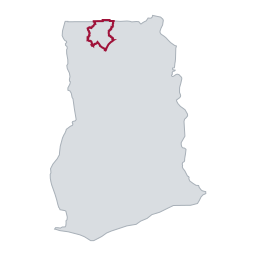 Sissala East, Upper West, Ghana shown in context
{"feature_id": "2480657B88326891244380", "entity_name": "Sissala East", "entity_type": "district", "adm_level": 2, "iso_a3": "GHA", "parent_name": "Ghana", "parent_adm1": "Upper West", "projection": "albers", "projection_center": [-1.879, 10.607], "detail": "fine", "context": "in_parent", "style": "outline", "palette": "rose", "viewbox_px": 256, "rotation_deg": 0, "n_neighbors": 0, "source": "geoboundaries", "source_scale": "gbopen_adm2", "svg_char_len": 5990}
<svg xmlns="http://www.w3.org/2000/svg" viewBox="0 0 256 256"><path d="M160.6,17.1L162.9,19.2L163.3,20.4L162.6,25.0L161.0,28.2L160.0,31.2L160.1,32.7L161.1,34.2L164.5,36.5L166.2,38.0L168.3,40.3L170.6,42.6L174.7,45.5L176.4,46.0L176.3,46.8L175.8,48.0L175.5,58.9L175.2,61.8L174.9,63.2L174.5,67.3L174.1,67.9L173.4,67.9L172.7,68.0L172.5,68.8L172.8,69.7L175.2,70.2L174.7,70.9L172.9,71.4L172.1,72.7L172.4,74.1L171.5,75.2L171.7,76.0L172.4,76.5L173.4,76.3L176.2,74.4L177.4,74.2L178.9,74.6L181.6,77.4L181.8,78.8L180.7,83.7L179.6,87.4L179.5,92.4L180.6,95.2L180.5,96.7L179.3,98.0L176.5,100.0L176.7,101.3L178.0,103.7L180.4,106.4L185.0,109.7L187.5,114.1L187.6,115.9L186.2,117.7L184.5,119.3L184.0,121.5L184.9,136.2L181.2,142.6L181.2,144.4L181.6,146.5L182.6,147.8L184.5,148.1L186.0,149.3L185.5,153.8L184.7,158.4L184.6,160.6L184.2,161.6L182.7,162.5L182.2,164.0L182.6,165.7L182.3,167.0L183.1,168.7L184.8,170.8L187.5,176.1L188.6,176.5L189.1,177.6L188.8,178.7L189.8,181.0L192.9,183.3L196.0,185.3L198.6,185.5L199.2,187.4L200.9,189.7L202.1,190.7L204.1,191.3L205.7,191.6L205.8,193.6L202.9,194.9L201.0,197.0L199.5,200.1L197.5,203.5L190.5,205.3L187.8,205.3L173.3,205.5L159.7,212.2L151.9,214.6L147.1,218.4L140.7,221.1L136.2,224.3L126.8,225.9L111.4,231.0L106.6,233.0L101.7,236.5L93.8,240.6L90.6,240.6L84.4,236.7L79.8,234.8L68.3,231.8L59.8,230.6L55.7,229.3L54.6,229.1L55.5,227.7L57.9,227.7L60.4,228.1L62.3,227.0L65.1,226.9L65.8,225.8L66.1,223.0L66.0,220.8L67.0,219.8L67.3,217.1L65.9,211.2L64.9,210.6L60.0,209.7L59.6,208.5L58.7,207.3L57.8,204.3L56.7,199.8L55.0,194.2L51.7,184.9L50.9,181.7L50.3,178.3L50.2,174.4L50.9,172.9L50.8,170.8L50.5,168.8L52.9,164.1L57.5,158.4L58.5,156.3L59.4,154.9L59.5,152.8L60.3,146.1L62.5,138.0L63.9,134.9L64.9,133.3L66.0,130.6L66.3,129.3L70.5,126.2L72.5,125.3L72.9,124.0L72.2,122.7L72.5,121.7L73.5,121.3L75.1,120.9L76.2,119.6L74.5,109.6L73.1,99.6L73.0,98.8L72.1,97.4L71.3,93.3L69.9,90.9L67.9,90.2L67.9,87.9L69.9,84.1L70.4,81.8L69.5,81.1L69.4,79.4L70.0,76.6L69.7,74.8L69.4,73.0L67.3,68.6L66.8,65.5L67.9,63.7L67.8,59.7L66.7,53.6L66.6,49.8L67.3,48.2L67.0,46.6L65.5,45.2L65.4,43.8L66.7,42.4L66.5,41.3L64.9,40.5L63.5,38.6L62.2,35.7L62.5,30.9L64.9,22.1L65.2,21.4L67.9,21.4L67.9,21.8L76.3,21.7L85.9,21.7L97.3,21.6L107.7,21.5L108.2,21.1L109.9,20.6L120.4,21.4L127.0,21.0L129.8,21.3L131.8,21.9L136.4,21.5L138.8,21.7L140.6,23.9L141.4,23.8L142.4,22.9L144.2,21.8L146.0,21.0L147.3,19.3L148.1,18.0L149.3,18.2L151.1,18.1L152.2,17.1L152.6,15.4L160.6,17.1Z" fill="#d9dde1" stroke="#a8b0b8" stroke-width="1"/><path d="M105.6,50.5L105.7,50.4L105.6,50.2L105.7,49.9L105.8,49.7L106.1,49.3L106.0,49.1L106.2,48.8L107.5,46.2L108.5,44.4L108.8,44.1L109.7,43.2L110.6,42.3L111.0,42.0L112.1,41.3L112.3,41.0L112.7,40.7L112.8,40.7L113.0,40.6L113.0,40.4L113.5,40.1L113.4,40.1L113.1,40.1L113.0,39.8L112.9,39.7L112.7,39.7L112.4,39.4L112.6,39.0L112.5,38.7L112.9,38.5L113.0,38.4L112.9,38.1L112.7,37.8L112.4,37.7L112.1,37.7L111.7,37.6L111.6,37.4L111.6,37.2L111.2,37.1L111.0,36.8L110.8,36.9L110.6,36.8L110.5,36.6L110.6,36.3L110.6,36.1L110.3,35.9L110.2,35.8L109.5,35.9L109.3,35.9L109.1,35.6L108.9,35.5L108.9,35.4L108.9,34.7L108.9,34.4L108.9,33.9L108.7,33.5L108.7,33.3L108.7,33.1L108.7,32.2L108.8,32.0L108.8,31.8L108.8,31.7L108.9,31.4L108.8,31.1L109.1,31.0L109.1,30.8L109.1,30.7L109.2,30.3L109.4,30.2L109.8,30.2L109.9,30.3L110.0,30.2L110.2,29.9L110.3,29.8L110.2,29.6L110.2,29.4L110.4,29.2L110.9,29.1L111.0,29.2L111.2,28.9L111.3,28.9L111.5,28.2L111.2,27.9L111.3,27.7L111.4,27.4L111.5,27.3L111.5,27.2L111.7,27.3L111.9,27.3L112.0,27.2L112.1,26.9L112.4,26.8L112.5,26.8L112.5,26.7L112.7,26.2L112.8,26.1L112.7,26.0L112.8,25.8L112.7,25.7L112.8,25.3L112.8,25.2L112.8,24.7L112.7,24.5L112.8,24.3L112.8,24.2L113.0,23.8L113.1,23.5L113.0,23.4L113.1,23.1L113.0,22.9L113.0,22.7L113.1,22.2L113.3,21.7L113.5,21.6L113.7,21.4L113.7,21.0L109.7,21.0L109.6,20.0L102.7,20.0L102.8,21.1L93.7,21.2L93.7,21.4L93.8,21.4L93.8,21.5L94.0,21.8L94.3,22.1L94.4,22.3L94.6,22.4L94.9,22.6L95.0,22.8L95.0,23.0L95.0,23.3L95.0,23.5L95.0,23.8L95.2,24.0L94.8,24.2L94.6,24.2L94.6,24.4L94.3,24.5L93.6,25.5L93.5,25.9L93.2,26.0L92.8,26.2L92.9,26.3L92.8,26.6L92.6,26.7L92.4,26.6L91.9,27.2L91.6,27.8L91.3,28.1L90.9,28.0L90.7,27.8L90.4,27.5L90.4,27.4L90.1,27.3L89.9,27.4L89.7,27.5L89.4,27.3L89.2,27.4L89.2,27.5L89.1,27.8L88.9,28.0L88.7,28.1L88.4,28.1L88.2,28.0L87.9,28.3L87.7,28.4L87.8,28.6L87.8,28.8L87.9,29.1L87.9,29.3L87.9,29.5L88.0,29.6L88.1,29.8L88.1,30.0L88.3,30.2L88.3,30.3L88.5,30.4L88.6,30.7L88.7,30.8L88.7,31.0L88.8,31.1L88.9,31.4L88.9,31.5L89.0,31.5L89.0,31.8L89.0,31.7L89.1,31.8L89.2,32.1L89.3,32.0L89.5,32.4L89.4,32.6L89.4,32.8L89.5,32.8L89.6,33.0L89.7,33.3L89.6,33.6L89.4,34.0L89.2,34.5L89.3,34.8L89.2,34.8L89.1,35.0L89.1,35.3L89.1,35.5L89.4,35.7L89.4,35.8L89.2,35.9L89.1,36.0L88.9,36.0L88.8,36.4L88.7,36.4L88.7,36.5L88.4,36.9L88.1,37.1L87.9,37.0L87.7,37.1L87.8,37.3L88.0,37.5L87.9,37.6L88.0,37.7L87.9,37.8L88.1,38.0L88.2,38.3L88.0,38.5L87.8,38.6L87.6,38.8L87.7,39.0L87.7,39.3L87.7,39.5L87.7,39.8L87.5,40.0L87.5,40.3L88.1,40.2L88.3,40.1L88.4,40.4L88.9,40.8L89.0,41.0L89.3,41.1L89.6,41.0L89.7,40.9L89.8,40.8L90.1,40.8L90.3,40.8L90.8,41.0L91.1,41.4L91.3,41.5L91.4,41.8L91.4,42.0L91.6,42.1L91.7,42.4L91.6,42.8L91.9,43.2L92.0,43.5L92.0,43.9L92.2,44.1L92.1,44.4L91.8,44.4L91.5,44.7L91.7,44.8L91.8,45.1L91.8,45.3L92.0,45.7L92.3,45.6L92.8,45.7L92.8,45.9L93.1,45.9L93.1,45.7L93.2,45.8L93.2,45.7L93.3,45.4L93.4,45.5L93.5,45.5L93.7,45.3L93.6,45.2L93.8,45.0L93.8,44.9L94.1,44.5L94.3,44.4L94.5,43.9L94.9,43.8L95.3,44.0L95.6,43.9L95.7,43.7L95.8,43.7L96.2,43.6L96.3,43.6L96.7,43.4L96.8,43.2L97.0,43.0L97.1,42.8L97.1,42.7L97.2,42.4L97.4,42.1L97.5,42.0L97.7,42.4L97.9,42.6L98.1,42.9L98.5,43.2L99.0,43.8L99.9,45.2L99.9,45.6L100.0,45.7L100.1,46.0L100.4,46.1L100.7,46.2L101.2,46.8L101.5,46.9L102.0,47.4L102.3,47.5L102.6,47.7L102.8,47.8L103.0,47.8L103.3,48.1L103.6,48.2L103.8,48.4L104.0,48.5L104.3,48.7L104.5,48.7L104.7,48.8L104.8,48.8L104.8,49.0L104.9,48.9L105.1,49.2L105.2,49.3L105.2,49.6L105.3,49.8L105.4,50.1L105.4,50.4L105.6,50.5Z" fill="none" stroke="#9f1239" stroke-width="2"/></svg>